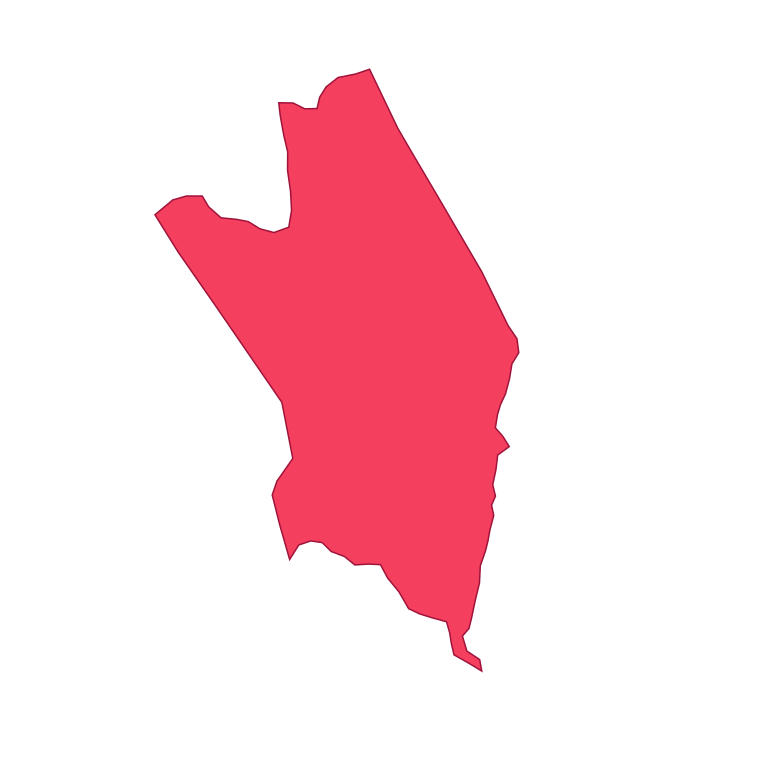 Mendes, Rio de Janeiro, Brazil, rotated 322°
{"feature_id": "56859067B47602698199945", "entity_name": "Mendes", "entity_type": "district", "adm_level": 2, "iso_a3": "BRA", "parent_name": "Brazil", "parent_adm1": "Rio de Janeiro", "projection": "robinson", "projection_center": [-43.745, -22.531], "detail": "fine", "context": "isolated", "style": "filled", "palette": "rose", "viewbox_px": 768, "rotation_deg": 322, "n_neighbors": 0, "source": "geoboundaries", "source_scale": "gbopen_adm2", "svg_char_len": 1250}
<svg xmlns="http://www.w3.org/2000/svg" viewBox="0 0 768 768"><g transform="rotate(322 384 384)"><path d="M201.6,464.2L217.8,458.4L229.7,462.6L237.7,471.0L239.3,483.6L246.6,495.5L249.6,508.6L261.1,516.5L270.0,524.2L267.4,539.1L267.8,557.1L265.1,576.3L270.6,587.2L277.6,597.3L286.9,609.9L282.5,620.6L277.2,630.2L272.4,640.5L278.3,654.7L284.3,670.4L289.7,660.1L284.9,645.4L290.6,630.9L300.4,629.0L308.7,622.5L323.2,610.3L336.7,599.6L348.0,586.5L361.1,578.1L369.4,571.6L378.0,563.9L389.5,555.2L394.2,545.7L402.8,541.0L407.7,530.3L419.4,520.5L429.8,510.0L444.2,510.4L445.4,498.5L444.8,487.1L454.6,478.0L462.9,472.1L473.8,466.5L486.1,457.2L497.2,446.9L509.5,442.3L516.7,430.1L517.7,414.5L530.1,355.9L533.7,329.5L542.6,263.6L547.8,224.0L550.8,201.8L552.4,190.6L566.4,127.1L552.4,122.2L536.5,114.2L521.4,114.2L509.9,118.4L500.8,125.7L491.0,118.4L485.3,106.5L474.2,97.6L467.2,109.1L457.9,126.8L451.0,141.8L439.5,156.3L428.8,174.9L418.0,190.3L405.5,201.8L390.5,196.9L381.7,185.2L377.0,172.4L369.2,163.5L357.9,152.7L354.9,136.4L356.5,124.0L344.0,114.2L330.9,108.9L307.7,109.6L303.0,153.4L299.4,218.6L292.2,335.6L278.8,361.9L266.3,386.5L251.4,391.1L239.9,394.6L227.6,402.6L215.1,430.8L201.6,464.2Z" fill="#f43f5e" stroke="#9f1239" stroke-width="1.5"/></g></svg>